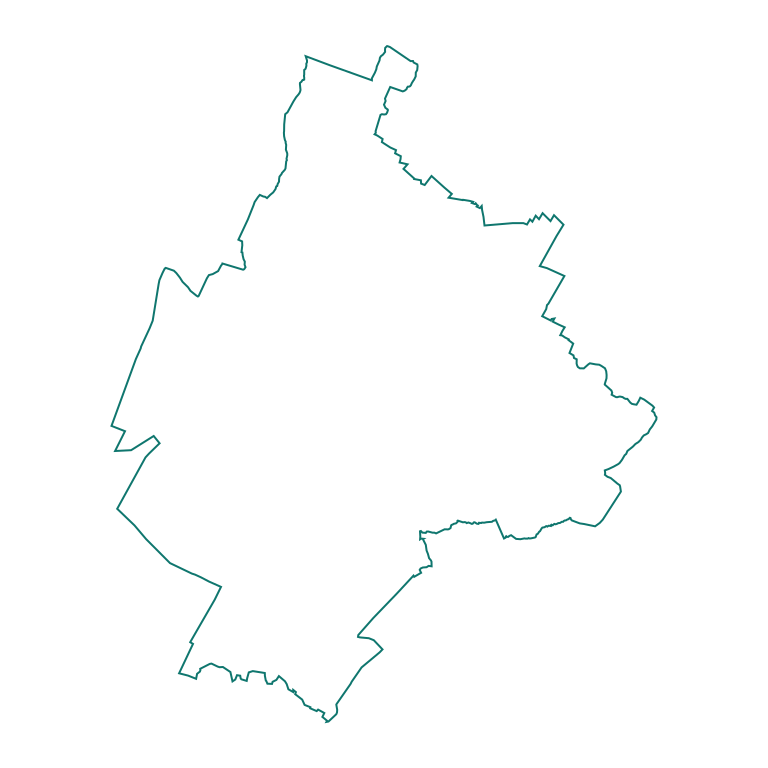 the district of Tecamachalco, Puebla, Mexico
{"feature_id": "50627088B6625152362768", "entity_name": "Tecamachalco", "entity_type": "district", "adm_level": 2, "iso_a3": "MEX", "parent_name": "Mexico", "parent_adm1": "Puebla", "projection": "mercator", "projection_center": [-97.72, 18.863], "detail": "fine", "context": "isolated", "style": "outline", "palette": "teal", "viewbox_px": 768, "rotation_deg": 0, "n_neighbors": 0, "source": "geoboundaries", "source_scale": "gbopen_adm2", "svg_char_len": 6066}
<svg xmlns="http://www.w3.org/2000/svg" viewBox="0 0 768 768"><path d="M326.5,721.9L328.5,721.5L336.3,714.2L337.0,712.5L337.2,709.9L336.3,704.6L336.6,704.0L350.6,683.9L351.7,681.7L361.6,667.4L379.7,652.3L382.5,649.4L373.8,640.2L368.8,638.2L359.9,637.4L358.0,636.9L358.3,635.0L373.4,617.9L396.8,593.6L413.5,575.6L414.2,576.8L421.1,572.8L419.7,569.9L420.6,568.5L422.8,567.5L426.6,567.2L428.6,565.9L431.6,566.3L431.5,561.7L431.0,560.5L429.1,558.2L427.9,553.8L426.6,550.6L425.8,544.9L422.9,539.1L423.4,538.8L421.3,538.6L420.1,539.3L420.3,536.6L420.0,531.3L420.9,531.0L422.4,532.6L425.8,532.9L426.7,531.6L428.2,531.5L432.6,532.7L434.5,532.7L436.1,533.4L444.6,529.3L447.9,529.4L448.8,529.2L450.5,528.1L451.2,525.3L451.6,524.9L452.6,524.6L453.6,523.9L456.1,523.3L457.7,521.7L457.5,520.8L457.8,520.6L462.9,522.3L464.9,522.1L466.2,522.6L466.7,523.1L468.4,522.5L470.1,523.1L471.8,523.9L472.7,523.7L473.8,522.4L474.7,522.3L476.9,523.7L478.5,523.9L478.8,523.5L479.0,522.8L481.3,523.0L481.9,522.6L484.2,522.7L486.7,522.2L491.9,521.8L493.1,520.9L495.2,520.3L495.8,519.7L504.0,538.5L505.5,537.7L505.8,537.4L505.8,536.6L506.2,536.2L507.0,536.9L508.2,536.9L509.4,535.9L511.1,535.2L516.1,538.9L520.4,539.2L524.5,538.4L525.3,538.6L527.8,538.6L528.5,538.1L529.8,538.5L531.2,538.3L535.0,537.5L535.7,537.0L536.6,534.4L537.8,533.8L539.2,531.7L540.0,531.2L541.7,528.3L542.4,527.6L544.6,527.2L546.2,526.1L546.6,526.1L547.3,526.6L548.7,525.7L550.9,526.0L551.0,525.1L551.4,524.7L552.7,525.3L554.3,523.9L555.6,524.3L557.5,523.6L558.2,523.1L559.9,523.0L561.8,521.8L563.1,521.8L563.9,520.9L564.7,520.5L565.9,520.4L567.5,519.4L568.5,519.2L569.8,517.8L570.5,518.0L570.9,519.3L571.8,520.4L579.8,523.4L584.0,524.0L595.1,526.3L599.8,522.9L602.8,519.6L620.9,491.6L620.1,486.4L619.7,485.2L617.4,483.6L610.7,478.0L607.5,476.8L604.9,474.8L605.2,473.2L604.8,470.4L608.4,469.1L613.7,466.6L618.2,464.1L619.6,463.0L622.0,459.8L624.6,455.3L626.2,453.9L627.4,451.0L632.9,446.6L635.4,444.0L638.4,442.1L640.8,439.7L642.0,437.5L643.8,435.4L646.1,434.3L648.1,433.0L649.8,429.4L652.2,426.4L656.3,419.5L656.5,417.2L655.1,415.4L654.2,412.6L652.1,411.0L654.1,407.5L652.5,405.7L644.2,399.6L640.3,397.7L638.8,400.9L636.5,404.7L633.8,404.3L631.8,403.8L630.2,402.5L627.4,398.9L625.7,398.9L624.3,398.3L622.6,397.1L620.3,396.6L619.3,396.6L617.2,397.2L616.0,397.1L611.6,394.7L612.2,392.7L611.4,390.5L604.9,384.7L604.7,384.3L606.5,378.3L606.6,375.0L606.2,371.3L605.0,368.3L601.4,365.9L599.2,364.7L595.8,364.4L589.9,363.3L588.4,364.3L583.8,368.4L579.8,368.3L577.9,367.0L577.1,365.4L576.6,363.6L576.7,359.3L574.0,358.0L573.5,355.4L569.5,353.0L573.2,343.6L568.5,340.1L568.8,339.4L564.7,337.3L562.2,335.5L560.3,335.2L562.6,330.6L564.7,327.3L558.5,324.5L552.7,321.6L554.4,318.5L551.6,319.0L550.7,320.5L542.2,316.2L546.2,309.1L547.0,305.1L548.4,303.7L564.4,276.0L546.9,268.1L539.8,266.1L556.5,236.1L563.5,224.7L554.0,215.2L550.5,221.1L542.6,213.2L539.0,219.2L535.7,215.7L532.4,221.7L530.0,219.4L527.0,224.5L523.3,223.1L513.0,223.1L484.5,225.5L483.5,216.9L482.1,210.0L481.7,206.0L479.9,208.1L476.7,206.6L477.7,205.5L477.3,205.3L475.7,203.3L475.0,204.1L471.9,203.0L473.0,201.8L469.7,200.9L463.0,199.8L462.8,200.1L448.6,197.7L451.8,193.9L444.4,187.6L431.5,176.0L424.7,185.0L421.1,183.6L420.9,180.3L414.1,179.0L414.2,178.5L403.5,168.9L407.5,164.3L399.6,162.5L400.5,159.3L400.8,156.2L395.1,153.3L396.0,150.1L390.3,147.5L381.9,142.1L382.6,139.0L377.2,135.5L374.6,134.3L375.8,132.8L375.6,131.2L380.5,114.9L381.9,114.2L384.1,114.5L386.0,114.2L387.1,112.6L387.9,110.1L387.7,109.5L385.4,107.8L384.0,104.7L385.6,101.0L385.0,98.6L390.2,87.0L402.8,91.4L404.6,90.7L406.5,89.2L407.1,87.6L407.8,86.7L408.8,86.7L410.1,86.2L410.9,85.2L411.8,83.1L413.5,80.4L414.0,79.8L415.7,76.4L415.8,72.5L417.2,70.1L417.6,66.1L417.3,64.4L413.6,62.5L413.0,61.0L410.6,61.1L389.9,47.0L387.3,46.1L387.0,46.1L385.2,47.9L385.0,49.9L385.1,51.9L383.0,54.6L380.8,56.3L379.9,57.9L379.5,60.5L376.8,66.5L376.3,69.3L374.9,72.7L371.9,78.3L371.9,80.3L330.0,65.3L305.7,56.2L307.0,60.4L307.0,62.2L306.3,63.7L306.4,65.8L305.7,68.3L305.4,69.0L304.2,70.0L304.2,74.9L304.0,75.4L304.0,76.3L304.2,77.3L304.2,79.6L303.5,80.0L302.9,79.9L302.4,80.2L301.5,81.7L300.0,82.9L299.9,83.9L300.5,90.0L300.2,91.2L299.7,92.6L298.6,94.3L296.1,97.2L293.4,101.5L287.5,112.3L285.2,114.2L284.2,124.4L284.1,131.1L283.9,132.7L284.1,136.2L284.9,140.0L285.7,141.7L285.6,142.8L286.2,144.9L285.9,149.7L287.2,153.2L287.3,155.1L286.5,158.9L286.9,160.1L286.2,161.4L285.5,168.4L284.9,169.7L282.0,172.9L281.5,174.1L279.5,176.6L279.1,179.0L279.0,181.7L277.7,183.9L277.2,186.0L276.5,186.2L276.0,187.1L275.6,188.9L273.2,192.4L270.4,194.7L267.0,198.1L265.1,196.8L263.3,196.5L259.8,194.9L257.9,197.2L254.6,202.1L253.6,205.1L247.9,219.4L238.4,239.7L242.1,241.4L242.3,245.2L241.5,252.2L242.4,252.5L242.7,255.5L243.6,259.3L244.8,261.6L244.6,264.7L245.5,267.2L244.2,269.2L243.1,269.7L222.4,263.5L222.2,264.2L221.0,265.7L218.1,271.1L212.7,274.1L208.9,275.1L206.9,278.3L198.7,295.9L197.9,296.5L196.5,295.7L190.5,290.9L188.0,287.2L182.6,281.9L179.9,277.6L178.5,275.8L176.3,273.0L173.9,270.7L166.1,268.0L165.7,267.9L165.0,268.6L164.7,268.6L162.6,272.8L159.4,280.2L158.6,284.3L152.7,320.7L149.6,328.3L141.1,346.6L140.7,348.4L135.9,359.0L111.5,425.9L125.0,431.2L115.1,451.0L131.1,450.2L153.7,436.0L159.6,443.3L149.0,453.6L145.5,457.4L117.2,508.8L134.5,525.4L146.1,539.1L170.0,563.1L191.9,573.6L195.0,574.6L200.9,577.3L209.1,581.6L221.0,586.9L214.7,599.7L190.3,642.0L190.2,642.2L193.0,643.9L179.1,673.3L188.1,675.6L196.1,678.8L197.1,673.8L199.9,671.6L200.4,670.1L200.2,668.8L209.8,663.9L211.5,663.6L217.7,666.6L219.6,667.2L222.9,667.0L230.4,672.0L232.5,681.4L235.3,679.5L237.0,675.2L240.2,675.7L240.7,678.5L241.4,679.3L246.7,680.9L247.2,678.1L248.8,672.4L252.8,671.1L264.8,673.0L264.9,675.8L265.8,680.6L266.3,681.0L267.4,683.7L272.0,683.9L272.6,681.8L276.4,679.9L278.9,676.1L285.0,681.3L286.7,684.1L288.4,689.3L293.1,692.0L293.2,689.9L295.9,692.1L295.2,694.2L302.2,699.6L304.6,704.9L310.4,707.2L310.2,708.3L316.7,711.1L318.1,709.6L324.3,713.0L322.4,716.9L327.1,720.8L326.5,721.9Z" fill="none" stroke="#0f766e" stroke-width="2"/></svg>